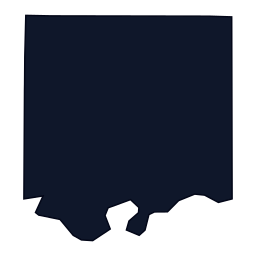 Ray, Missouri, United States of America (Natural Earth projection)
{"feature_id": "52423323B37195564422054", "entity_name": "Ray", "entity_type": "district", "adm_level": 2, "iso_a3": "USA", "parent_name": "United States of America", "parent_adm1": "Missouri", "projection": "natural_earth1", "projection_center": [-94.019, 39.331], "detail": "fine", "context": "isolated", "style": "filled", "palette": "ink", "viewbox_px": 256, "rotation_deg": 0, "n_neighbors": 0, "source": "geoboundaries", "source_scale": "gbopen_adm2", "svg_char_len": 518}
<svg xmlns="http://www.w3.org/2000/svg" viewBox="0 0 256 256"><path d="M24.8,56.9L24.6,84.1L24.5,90.8L23.9,198.9L43.1,195.9L35.5,212.5L38.8,215.1L60.0,219.4L73.2,235.3L81.4,239.9L92.7,240.6L110.2,229.0L105.0,215.5L108.1,207.8L130.5,199.6L138.9,207.5L138.5,212.7L129.0,221.0L126.4,230.0L139.2,235.3L145.0,230.1L148.9,214.6L154.5,211.9L167.5,211.8L178.6,200.6L194.7,194.1L204.6,195.1L218.4,202.4L232.1,198.9L231.7,16.9L209.0,16.2L51.1,15.9L25.8,15.4L24.8,56.9Z" fill="#0f172a" stroke="#020617" stroke-width="1.5"/></svg>